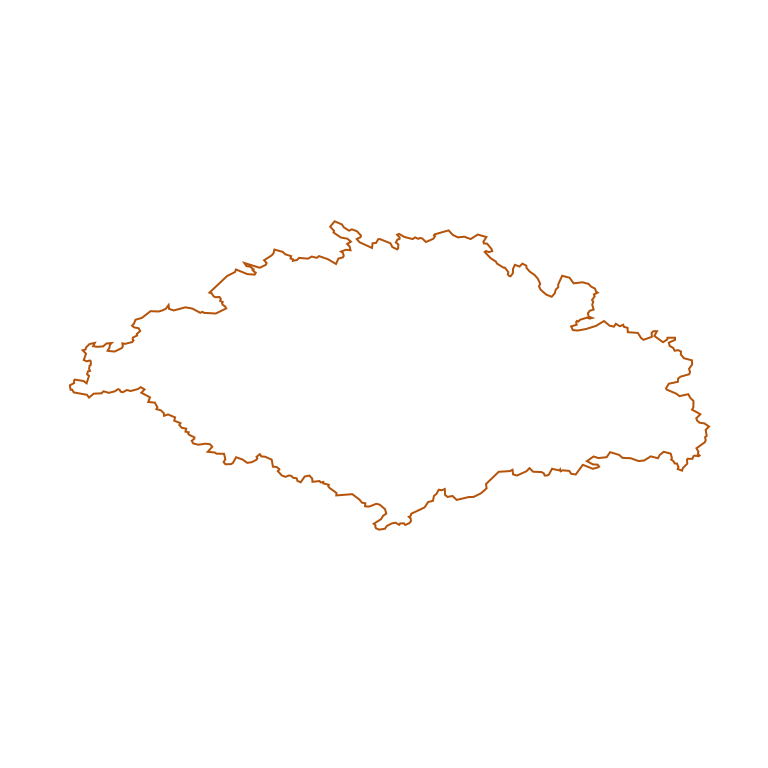 Bailieborough - Cootehill Lea-6, Cavan, Ireland, rotated 163°
{"feature_id": "5873133B65696194477644", "entity_name": "Bailieborough - Cootehill Lea-6", "entity_type": "district", "adm_level": 2, "iso_a3": "IRL", "parent_name": "Ireland", "parent_adm1": "Cavan", "projection": "equal_earth", "projection_center": [-7.085, 53.987], "detail": "fine", "context": "isolated", "style": "outline", "palette": "amber", "viewbox_px": 768, "rotation_deg": 163, "n_neighbors": 0, "source": "geoboundaries", "source_scale": "gbopen_adm2", "svg_char_len": 6133}
<svg xmlns="http://www.w3.org/2000/svg" viewBox="0 0 768 768"><g transform="rotate(163 384 384)"><path d="M131.5,227.7L129.9,225.9L129.2,223.0L127.1,222.3L126.7,218.5L128.0,216.8L124.3,214.0L122.7,216.3L117.3,219.1L116.3,223.1L115.4,223.7L110.9,222.3L109.2,224.5L107.9,224.7L104.2,222.9L103.1,223.4L104.4,225.2L103.1,227.3L104.0,231.2L94.2,234.5L92.8,236.2L92.5,239.3L90.6,240.0L89.8,246.1L85.6,248.3L89.2,252.7L93.5,254.7L95.2,257.4L95.4,259.9L90.3,262.6L96.9,269.4L95.0,271.2L93.0,277.3L95.1,281.0L96.0,285.3L105.0,286.0L107.1,289.1L115.4,296.1L115.5,297.4L111.6,301.0L102.3,300.2L101.1,303.2L98.5,304.3L89.2,304.1L87.8,306.1L87.9,309.3L83.6,312.6L82.6,316.6L89.7,321.0L91.5,325.5L90.5,328.2L92.8,330.4L96.3,330.8L96.9,334.0L99.7,336.9L99.5,340.3L92.8,341.1L92.2,343.2L99.4,345.4L100.1,343.7L105.0,342.4L111.4,350.9L107.5,354.7L110.8,355.7L113.1,354.7L114.1,350.8L122.9,350.4L124.7,352.8L126.3,358.6L135.7,362.3L134.7,366.5L137.9,368.6L137.9,370.7L141.6,370.3L144.7,373.8L147.4,371.6L151.3,373.9L155.2,379.9L164.2,377.6L174.6,377.5L183.1,378.5L187.6,380.3L188.2,384.4L182.5,384.3L182.1,387.1L181.0,387.9L179.8,386.9L177.8,388.1L170.5,388.1L168.1,386.4L165.6,386.3L168.7,388.7L168.2,392.2L165.7,393.9L161.8,393.9L161.7,398.9L159.8,401.6L160.5,403.5L156.9,406.2L157.1,408.3L153.0,408.9L154.2,410.3L154.3,413.5L157.4,416.5L159.2,420.0L164.6,423.3L173.2,424.8L175.5,431.4L182.0,435.4L188.2,428.4L189.2,425.5L192.1,424.1L194.3,420.7L198.1,418.4L202.7,422.0L206.7,428.5L207.2,432.2L205.3,434.1L206.2,440.0L208.0,444.0L211.9,449.1L213.8,453.5L213.3,455.4L213.9,456.2L216.5,458.6L220.1,456.7L224.0,459.7L227.0,456.3L228.4,452.2L231.5,450.0L233.0,451.1L233.5,452.6L232.4,454.6L234.4,460.0L235.6,460.2L240.8,466.2L241.2,468.4L245.1,472.9L249.1,480.8L247.5,481.3L245.2,479.5L241.7,479.4L241.7,481.7L244.4,488.1L247.4,489.2L247.4,490.9L243.1,494.6L250.6,499.5L258.8,497.3L264.2,501.4L270.4,502.6L274.6,506.4L277.3,512.0L291.9,512.3L292.7,511.5L291.9,510.5L294.3,508.5L302.4,507.5L304.8,511.9L306.9,513.2L308.9,512.8L311.3,515.1L314.2,514.2L321.6,518.7L325.6,523.1L327.8,522.9L326.2,519.5L326.9,518.0L328.8,518.3L331.3,515.9L329.5,513.3L330.9,509.5L332.1,508.9L336.0,512.6L336.7,516.7L345.6,523.8L347.1,524.2L350.4,521.2L353.8,521.9L355.7,517.6L365.9,526.7L367.7,530.6L363.5,531.3L362.6,532.7L365.3,538.1L369.5,541.3L372.5,540.8L376.6,545.5L377.6,548.9L383.6,554.0L389.5,550.2L387.0,545.1L388.0,543.7L382.4,536.7L376.6,533.7L374.0,529.8L378.3,528.7L376.7,525.6L376.9,521.7L381.2,523.5L386.4,523.2L385.0,521.4L385.0,518.3L386.3,517.1L390.9,517.3L394.8,512.8L401.1,519.7L408.7,525.3L411.5,524.3L415.8,527.0L420.0,526.1L428.4,529.4L430.7,528.1L435.1,528.4L434.6,529.7L436.7,531.4L435.4,533.4L440.5,536.9L442.3,540.0L449.5,544.6L451.5,541.2L453.9,539.8L462.5,537.4L460.9,534.0L462.2,532.5L468.9,531.5L482.2,540.6L481.1,537.0L477.7,535.3L476.0,533.0L476.4,531.9L475.2,531.6L475.9,530.2L474.1,527.9L475.6,526.4L482.5,529.0L492.1,536.8L493.8,534.6L502.3,533.2L524.2,522.4L522.2,521.0L521.4,517.8L519.9,516.3L515.9,515.3L515.2,513.0L516.4,511.4L514.3,509.5L515.2,508.8L515.1,506.8L513.4,504.9L512.8,502.4L524.3,500.6L535.4,504.7L536.5,506.1L538.9,505.8L545.4,512.3L551.6,515.4L563.5,515.8L567.6,518.7L566.9,522.5L570.7,519.7L574.3,519.2L578.2,519.2L586.0,521.9L596.2,518.0L602.9,518.1L605.5,514.8L607.9,513.5L606.4,511.2L602.3,509.0L601.7,505.9L605.8,504.1L605.9,502.6L610.6,501.8L611.3,500.3L610.8,498.9L612.5,497.7L619.9,498.1L622.3,499.3L622.7,496.4L624.3,495.0L632.1,493.8L636.6,495.6L638.6,496.6L636.0,498.9L634.7,501.6L632.5,502.8L637.5,503.9L641.6,502.1L647.1,503.3L651.1,505.2L648.5,507.9L654.0,508.3L658.0,506.2L659.3,504.3L662.3,504.3L660.1,500.1L664.1,494.7L661.6,492.6L658.4,492.5L657.8,491.6L658.7,488.1L660.2,487.6L661.6,484.7L661.3,482.5L663.5,482.6L665.1,480.1L663.7,478.1L668.2,471.6L670.5,474.7L678.3,478.6L679.3,478.1L680.1,475.5L684.8,474.6L685.4,470.1L683.9,469.8L683.2,466.7L671.2,460.5L670.1,457.3L664.4,459.6L656.9,457.7L654.3,459.0L649.8,456.0L643.7,455.7L639.8,456.8L638.5,455.8L638.1,453.7L636.2,452.5L631.7,453.4L628.4,451.4L620.8,451.1L617.5,452.1L614.6,448.8L618.6,446.6L611.7,439.7L614.7,435.7L608.6,433.2L607.5,428.0L609.0,426.5L605.1,424.1L603.1,420.4L603.6,417.9L599.4,418.0L593.6,413.2L595.3,410.2L590.1,406.1L591.7,404.7L590.3,401.3L586.2,399.1L587.8,396.5L584.9,394.9L585.8,393.8L585.4,392.6L580.9,388.4L581.3,387.2L584.5,385.9L583.8,382.9L579.3,380.2L572.1,379.1L567.9,377.2L566.6,374.2L572.4,370.7L565.9,368.0L564.6,366.4L557.4,364.0L557.7,358.4L560.2,356.2L559.1,353.6L553.7,352.1L551.5,352.7L546.9,357.2L541.4,353.2L537.9,348.6L533.4,347.9L528.6,348.7L526.9,349.8L527.2,351.6L523.2,353.2L522.5,350.6L519.1,349.3L513.5,344.5L514.4,337.4L511.0,336.1L509.4,333.9L509.0,333.0L511.0,331.8L508.6,326.6L505.4,324.0L501.3,324.3L499.4,323.0L498.3,320.9L495.1,319.4L495.1,316.6L492.4,314.4L486.9,318.7L482.2,318.3L480.3,314.6L481.0,311.4L474.0,310.0L473.4,308.4L470.7,308.1L471.2,306.8L466.3,303.8L467.2,302.5L466.5,300.6L461.3,293.7L462.2,291.4L446.5,287.9L441.3,280.7L439.8,277.0L436.7,275.4L437.9,272.7L436.7,272.0L433.6,271.1L426.4,271.7L423.4,269.9L419.6,264.0L419.7,259.4L423.5,258.2L426.3,255.6L434.7,253.3L433.4,251.5L434.1,250.1L433.8,248.3L431.1,246.1L425.4,245.3L422.8,247.4L417.3,248.4L413.6,248.0L410.7,244.9L409.4,245.9L405.8,245.0L404.9,243.0L400.3,243.6L398.3,245.0L397.8,247.8L399.1,249.7L397.1,250.1L395.8,252.0L381.3,254.1L376.3,258.2L371.3,258.0L369.0,262.3L365.9,263.6L362.5,266.9L359.9,265.5L356.6,265.8L358.0,260.0L356.2,257.4L351.2,256.9L348.4,251.9L335.7,251.1L331.5,249.8L323.3,251.1L316.4,254.2L315.7,258.5L300.0,266.5L289.0,263.9L286.2,264.4L287.0,259.8L283.6,257.6L273.3,258.9L269.5,261.0L267.0,256.5L259.1,253.7L257.3,251.9L257.1,249.5L254.4,248.8L252.9,249.1L248.1,253.8L241.4,250.0L240.5,250.8L240.5,248.9L238.3,249.2L232.2,246.7L231.3,243.4L227.1,241.4L217.5,248.6L209.0,241.8L203.7,241.7L202.4,242.1L203.3,244.4L207.8,246.1L212.5,250.9L204.8,253.4L200.6,250.5L192.5,248.9L187.7,252.7L179.8,247.4L177.5,243.6L169.8,240.9L163.1,235.9L157.7,234.8L150.0,236.8L143.8,232.9L141.1,235.5L136.4,237.4L130.2,233.6L130.3,229.1L131.5,227.7Z" fill="none" stroke="#b45309" stroke-width="2"/></g></svg>